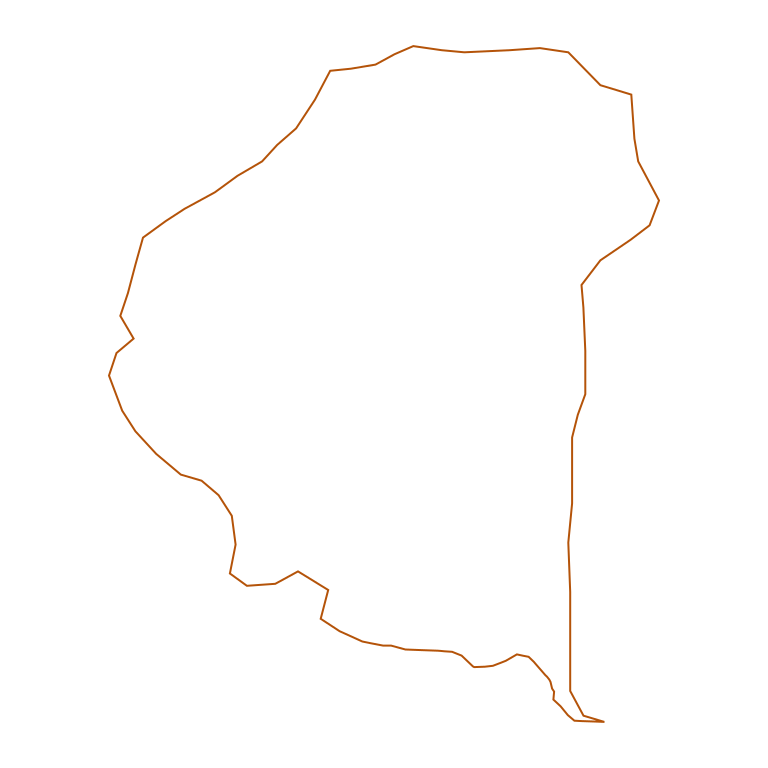 outline of Achna, Cyprus
{"feature_id": "46923920B60375545574895", "entity_name": "Achna", "entity_type": "district", "adm_level": 2, "iso_a3": "CYP", "parent_name": "Cyprus", "parent_adm1": "", "projection": "equal_earth", "projection_center": [33.796, 35.043], "detail": "fine", "context": "isolated", "style": "outline", "palette": "amber", "viewbox_px": 768, "rotation_deg": 0, "n_neighbors": 0, "source": "geoboundaries", "source_scale": "gbopen_adm2", "svg_char_len": 1361}
<svg xmlns="http://www.w3.org/2000/svg" viewBox="0 0 768 768"><path d="M330.2,70.8L315.0,99.6L296.1,128.4L277.2,144.9L262.1,161.4L237.5,175.8L214.9,192.3L184.6,208.8L165.7,221.1L143.0,237.6L138.0,255.4L135.5,264.4L127.9,293.2L120.3,315.9L133.6,338.6L116.5,353.0L109.0,375.6L122.2,410.7L135.4,431.3L156.2,453.9L180.8,474.6L201.6,480.7L218.6,495.2L231.8,515.8L235.6,544.6L229.9,573.5L246.9,585.8L275.3,583.8L298.0,571.4L328.2,590.0L320.7,618.8L339.6,631.2L362.3,641.5L369.5,643.0L383.1,645.6L386.5,645.6L391.1,645.6L405.4,649.5L421.1,650.1L437.8,650.7L440.4,650.9L444.5,651.3L452.1,651.8L461.6,655.6L472.9,666.4L474.2,667.1L484.9,666.7L492.9,665.8L501.0,662.7L505.8,660.8L516.9,654.4L522.9,655.7L528.6,656.8L533.8,661.8L535.5,663.8L545.3,675.1L547.0,676.7L549.3,679.6L550.5,681.9L552.1,688.6L554.1,691.6L554.0,692.8L553.4,699.6L560.6,706.3L567.8,715.1L574.4,720.7L581.9,721.1L584.9,721.2L596.9,721.6L604.5,721.9L604.3,721.9L587.9,717.0L583.5,715.7L570.2,691.0L570.2,651.8L570.2,629.1L570.2,592.0L568.3,542.6L572.1,503.4L572.1,472.5L572.1,437.5L577.8,414.8L585.3,394.2L585.3,350.9L583.4,307.6L581.5,285.0L600.4,260.3L630.7,239.7L649.6,225.3L659.0,200.5L638.2,161.4L634.4,138.7L631.3,94.6L600.4,85.2L568.3,52.3L539.9,48.1L509.7,50.2L464.3,52.3L441.7,50.2L413.3,46.1L394.4,54.3L375.5,64.6L350.9,68.7L330.2,70.8Z" fill="none" stroke="#b45309" stroke-width="2"/></svg>